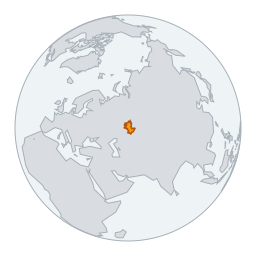 globe centered on Qostanay, rotated 348°
{"feature_id": "KAZ-3196", "entity_name": "Qostanay", "entity_type": "Region", "adm_level": 1, "iso_a3": "KAZ", "parent_name": "Kazakhstan", "parent_adm1": "", "projection": "orthographic", "projection_center": [62.901, 51.427], "detail": "fine", "context": "on_globe", "style": "filled", "palette": "amber", "viewbox_px": 256, "rotation_deg": 348, "n_neighbors": 0, "source": "natural_earth", "source_scale": "10m", "svg_char_len": 12893}
<svg xmlns="http://www.w3.org/2000/svg" viewBox="0 0 256 256"><g transform="rotate(348 128 128)"><circle cx="128" cy="128" r="113" fill="#eef3f6" stroke="#a8b0b8"/><path d="M137.2,15.7L138.9,16.0L137.9,17.5L135.3,16.9L135.4,17.5L138.6,18.4L140.8,18.8L145.4,23.9L155.4,29.5L160.8,30.5L157.9,31.1L169.6,32.8L176.5,36.4L167.3,32.9L165.3,33.0L169.3,35.6L168.1,36.3L169.4,38.0L167.6,38.7L162.4,36.8L161.1,37.3L164.0,39.2L164.1,41.2L160.0,38.4L159.7,41.7L150.9,39.7L141.5,32.6L135.2,32.9L121.8,29.6L121.6,30.9L116.4,30.8L114.3,32.3L112.4,31.5L112.4,33.4L114.5,33.9L115.2,35.0L114.1,36.0L111.5,35.0L111.7,34.4L110.4,34.6L109.5,33.8L109.3,34.8L106.3,33.6L107.7,36.2L104.0,36.6L102.4,35.5L104.7,33.6L106.7,27.2L105.8,25.8L102.3,25.6L91.2,29.1L89.4,28.6L85.3,29.3L85.4,30.3L88.6,30.2L87.6,32.5L91.6,32.3L91.8,33.3L95.1,34.0L92.3,36.1L87.8,37.8L85.0,37.3L82.9,38.1L83.8,40.4L76.7,41.8L68.9,46.5L67.3,46.7L67.5,43.4L72.2,38.3L72.6,34.9L70.0,39.4L66.1,40.3L64.5,41.5L63.3,42.9L63.9,43.6L62.1,44.4L63.9,40.1L65.6,39.2L65.0,40.5L67.2,38.3L68.4,35.7L66.3,36.6L70.3,32.5L68.9,33.1L69.0,32.7L71.0,31.9L67.4,33.4L70.7,31.0L78.3,26.9L86.2,23.4L94.4,20.5L102.8,18.2L111.3,16.6L119.9,15.7L128.5,15.4L137.2,15.7ZM141.9,19.0L138.8,18.3L136.3,17.4L139.0,17.8L141.9,19.0ZM146.5,21.4L144.7,21.2L144.8,20.1L145.8,20.6L146.5,21.4ZM164.9,31.2L162.7,30.1L165.3,31.0L164.9,31.2ZM169.9,38.1L170.9,38.3L171.1,39.1L169.9,38.1ZM96.4,32.9L95.7,33.4L95.5,33.0L96.4,32.9ZM98.4,32.7L98.6,31.8L99.5,31.6L99.4,32.2L98.4,32.7ZM168.6,41.0L168.6,42.5L167.7,40.7L168.6,41.0ZM98.0,33.9L101.3,31.4L103.0,31.1L104.0,33.0L98.0,33.9ZM168.0,43.1L168.1,46.8L170.4,47.4L164.0,48.0L166.0,44.5L164.5,42.2L166.6,43.4L168.0,43.1ZM115.6,33.6L113.3,33.2L116.2,32.7L115.6,33.6ZM117.3,33.1L125.3,30.5L128.2,31.8L124.9,32.4L129.4,33.5L126.9,35.5L123.9,35.2L122.5,34.0L122.6,35.7L117.3,33.1ZM160.4,47.9L159.7,48.6L159.5,47.6L160.4,47.9ZM115.7,35.4L117.0,34.6L119.6,35.7L117.4,37.4L117.2,36.5L115.7,35.4ZM131.8,33.0L133.4,34.2L131.8,36.0L132.1,36.8L127.1,35.6L131.8,33.0ZM116.1,36.7L116.2,38.2L114.0,38.6L114.5,36.1L116.1,36.7ZM121.2,35.4L122.3,36.0L121.0,36.2L121.2,35.4ZM106.2,41.2L107.8,40.2L109.3,40.7L106.2,41.2ZM116.3,38.7L117.1,38.6L117.8,38.7L117.4,39.8L116.3,38.7ZM126.3,37.1L125.3,37.7L128.3,37.6L127.2,39.1L124.1,38.1L125.0,39.2L124.6,39.7L122.4,38.4L126.3,37.1ZM119.3,41.2L114.9,40.6L111.7,42.4L110.3,42.0L115.7,39.3L119.3,41.2ZM121.3,39.6L119.7,40.5L118.8,39.5L119.3,38.3L121.3,39.6ZM127.6,40.6L130.1,38.5L130.7,38.8L127.6,40.6ZM118.5,41.9L119.6,42.0L118.4,42.1L118.5,41.9ZM125.0,41.1L125.8,40.3L126.5,40.7L125.0,41.1ZM121.1,43.0L119.7,42.8L120.0,41.9L121.1,43.0ZM123.1,42.3L123.8,43.0L120.9,41.7L123.3,41.9L123.1,42.3ZM125.5,41.6L126.2,41.6L125.1,41.9L125.5,41.6ZM120.8,46.4L117.2,45.1L117.8,43.1L121.3,44.7L120.8,46.4ZM56.1,214.7L53.8,212.8L43.8,200.9L44.5,198.8L43.1,194.8L36.8,181.0L38.0,177.0L36.7,173.2L33.8,170.6L32.5,166.0L30.8,163.8L21.9,151.4L20.2,142.8L20.5,124.2L22.9,122.1L25.1,116.2L42.8,112.8L44.5,117.9L56.1,127.1L57.2,129.4L53.7,133.4L60.6,147.5L65.5,145.4L74.0,154.6L81.0,157.8L87.3,149.2L75.8,143.8L76.0,137.9L86.9,138.0L97.3,142.8L97.7,140.7L93.0,133.7L97.2,131.1L91.5,131.0L92.4,133.8L88.9,134.0L87.9,131.4L89.4,130.5L86.8,128.2L80.2,133.5L80.4,136.9L72.4,133.9L72.0,139.4L69.2,140.3L68.8,131.4L70.3,129.0L68.0,117.4L65.7,119.5L67.8,130.8L66.3,129.0L63.3,132.3L64.4,128.4L62.8,115.9L56.9,112.4L46.1,115.8L43.3,113.2L42.4,107.9L49.6,99.7L55.0,106.7L57.6,104.2L59.3,97.5L60.8,100.3L62.2,98.6L64.5,101.0L70.5,99.7L73.3,101.7L78.3,96.9L80.4,97.4L76.8,100.0L75.9,103.1L83.1,108.2L85.3,107.9L87.9,104.4L89.6,106.4L91.3,102.5L96.7,103.7L91.4,99.0L94.4,95.1L99.1,93.7L99.2,91.7L91.5,94.0L89.3,95.8L88.9,98.7L82.0,103.2L79.0,102.4L82.6,94.7L78.6,92.9L83.2,88.0L101.1,84.0L107.3,84.9L111.9,94.5L109.0,96.4L105.9,93.9L106.3,99.9L107.4,97.6L108.8,99.4L112.0,96.5L113.2,97.6L114.3,93.0L116.0,94.0L115.3,96.9L121.5,93.9L125.8,95.3L126.7,94.1L126.4,92.4L132.1,95.5L132.5,94.5L130.8,93.1L130.4,90.1L132.0,86.3L133.9,87.6L133.6,89.2L135.7,94.5L134.6,98.7L135.5,98.8L137.0,95.6L134.3,89.0L134.8,86.3L136.5,89.2L135.9,87.9L136.7,87.1L139.3,87.4L137.6,84.2L143.9,73.4L149.5,73.4L150.3,77.0L156.7,71.5L162.5,72.4L160.9,70.9L162.8,67.7L161.1,67.4L160.4,66.5L164.7,58.6L167.2,57.9L167.2,53.4L166.4,52.7L164.6,52.9L164.0,48.0L170.4,47.4L171.9,48.9L174.9,47.7L178.0,51.4L181.9,54.0L183.6,59.1L186.5,60.9L187.4,60.3L192.0,62.5L198.7,69.7L189.6,66.7L178.9,57.5L183.0,61.4L180.9,61.5L181.7,63.5L184.7,66.3L185.7,66.0L184.9,76.2L189.9,86.2L192.2,82.6L195.6,83.2L203.3,92.6L206.2,112.1L210.8,114.0L212.3,116.7L211.2,120.7L208.9,116.8L206.1,117.4L205.0,114.7L202.5,120.1L200.7,116.5L199.6,122.6L202.1,124.4L205.0,120.8L204.8,127.9L210.2,129.7L212.9,135.0L210.9,149.7L205.8,157.4L205.9,159.3L202.8,159.2L200.3,164.9L207.4,170.7L207.8,173.4L202.9,181.9L202.5,180.2L194.2,180.0L193.9,186.8L200.2,188.3L202.4,192.5L198.0,193.5L195.6,189.8L192.7,189.6L192.7,184.0L188.7,177.2L184.2,180.9L183.8,177.4L177.6,172.2L170.8,177.1L160.4,189.6L160.3,198.2L156.2,202.7L148.0,191.9L145.7,183.3L141.9,184.5L134.2,177.2L118.3,176.5L116.8,173.8L113.6,174.7L108.4,171.5L106.4,167.0L102.9,166.6L108.2,178.3L112.1,178.7L116.5,175.1L117.2,179.0L122.4,182.7L113.7,190.6L91.5,193.7L90.7,186.8L80.9,163.4L82.0,161.4L82.0,161.1L82.0,160.6L79.7,163.6L78.4,158.9L82.2,175.1L82.2,181.0L91.1,194.0L89.9,194.6L93.2,197.5L105.5,197.7L105.3,199.7L98.6,207.6L82.9,214.1L85.8,221.1L86.0,225.5L78.1,224.9L80.6,228.0L76.8,227.0L77.8,228.1L75.7,227.6L73.0,226.3L64.3,220.9L56.1,214.7ZM34.4,118.5L33.4,120.1L34.4,118.5ZM106.9,153.0L114.0,154.8L113.2,147.6L115.9,147.8L114.7,145.4L113.1,147.1L110.5,140.5L114.4,139.2L114.8,136.1L112.4,135.4L105.6,138.9L109.4,148.2L106.7,150.5L106.9,153.0ZM66.0,40.6L65.8,40.9L64.4,42.4L64.5,41.7L66.0,40.6ZM61.3,49.2L58.5,50.5L60.6,49.0L60.2,48.2L64.2,44.3L66.7,46.6L64.9,46.2L61.3,49.2ZM70.2,40.1L67.4,42.1L70.3,39.8L70.2,40.1ZM67.3,87.2L67.2,89.4L65.0,90.8L61.5,88.8L64.6,86.8L67.3,87.2ZM67.6,92.4L72.1,85.6L74.5,86.7L72.4,87.2L73.5,88.6L70.4,89.8L68.2,97.8L66.1,99.5L60.8,94.6L63.7,95.1L63.6,92.8L67.6,92.4ZM79.5,68.2L81.5,65.8L84.1,71.3L81.9,72.9L78.3,70.9L78.7,67.8L79.5,68.2ZM99.2,38.0L99.8,37.1L100.5,37.3L100.5,38.2L99.2,38.0ZM106.9,40.7L97.3,42.3L97.5,41.3L91.6,43.7L89.9,42.0L93.7,40.5L88.0,41.2L90.8,39.1L86.8,39.9L95.6,36.6L97.9,35.0L96.0,37.4L97.5,38.9L98.9,39.1L104.4,38.4L110.0,35.9L112.5,37.2L112.7,38.8L111.7,39.6L110.4,38.4L110.0,40.3L107.4,39.3L106.9,40.7ZM113.8,59.5L112.8,57.4L111.5,62.0L108.9,60.6L108.9,61.3L106.2,61.3L102.9,62.5L102.1,61.6L101.2,62.5L99.3,62.6L97.8,63.6L95.7,62.3L93.7,63.4L93.8,62.2L90.9,64.4L92.1,62.2L89.9,62.3L89.8,64.4L82.4,56.1L78.2,54.6L74.1,54.8L76.8,51.2L82.5,48.8L89.0,47.8L92.6,49.9L93.2,48.0L95.1,48.4L93.8,49.7L96.9,48.0L98.1,48.8L104.0,48.5L107.6,45.8L109.9,45.7L109.0,47.2L111.8,46.1L111.8,48.9L113.4,48.9L114.9,51.8L112.4,54.7L114.4,54.5L115.7,56.8L113.8,59.5ZM121.2,47.3L118.7,50.8L116.1,51.9L114.5,46.5L113.1,46.1L112.0,42.9L115.8,41.5L115.8,42.5L116.6,43.2L115.1,43.3L116.9,43.7L117.0,45.2L118.4,45.9L117.2,46.8L121.2,47.3ZM59.8,128.9L60.9,130.1L62.9,131.4L61.0,133.6L59.8,128.9ZM58.5,120.4L59.7,121.0L58.1,124.5L56.9,123.3L58.5,120.4ZM61.8,118.4L59.9,120.7L60.2,118.8L61.8,118.4ZM78.1,100.4L79.5,100.9L79.1,101.9L77.7,102.7L78.1,100.4ZM109.6,73.6L109.4,72.1L110.2,71.8L112.0,68.5L114.0,69.4L113.7,71.7L109.6,73.6ZM84.6,150.0L81.7,151.0L81.0,149.6L82.1,149.5L84.6,150.0ZM70.2,142.4L72.8,145.5L69.7,143.0L70.2,142.4ZM112.1,74.0L112.6,72.5L113.4,73.9L112.1,74.0ZM115.6,69.9L116.7,71.2L114.5,69.1L115.6,69.9ZM104.6,229.4L100.2,234.4L95.0,233.2L92.9,231.2L93.8,227.8L99.4,227.9L101.9,226.3L104.6,229.4ZM220.2,188.1L222.0,186.3L221.8,186.6L220.2,188.1ZM218.3,189.3L220.6,187.0L217.8,190.3L218.3,189.3ZM221.4,186.1L223.6,183.1L224.6,181.5L224.3,182.3L221.4,186.1ZM216.8,190.9L207.4,198.8L203.5,200.9L204.6,199.1L211.0,194.6L216.8,190.9ZM204.3,199.3L198.0,200.3L188.1,195.3L191.7,193.8L201.8,194.4L201.2,195.8L205.0,195.8L204.3,199.3ZM218.7,182.0L218.0,185.5L213.1,189.7L210.7,191.2L209.1,188.6L210.0,185.8L212.0,184.3L218.7,170.6L221.3,170.0L219.5,175.2L221.5,176.0L218.7,182.0ZM160.9,198.9L163.9,202.9L161.6,204.3L160.9,198.9ZM220.6,162.6L218.5,168.7L220.2,161.7L220.6,162.6ZM221.2,156.7L221.7,158.3L220.3,157.8L221.2,156.7ZM206.6,161.9L204.5,164.0L204.1,162.7L206.5,159.4L206.6,161.9ZM214.9,139.5L216.3,143.5L216.4,145.2L214.8,143.7L214.9,139.5ZM130.5,80.7L125.7,84.1L123.6,87.5L124.5,90.7L121.1,87.8L124.3,82.6L130.5,80.7ZM142.0,74.1L141.2,71.6L142.9,71.8L143.3,72.5L142.0,74.1ZM140.6,73.2L137.0,71.8L137.3,69.8L140.1,71.3L140.6,73.2ZM124.4,72.6L122.8,73.6L122.3,72.4L124.4,72.6ZM205.8,209.5L206.0,209.3L206.8,208.4L208.7,206.2L217.9,195.7L225.1,184.3L228.0,179.8L231.5,171.9L233.7,166.8L233.1,168.5L229.9,176.1L226.1,183.4L221.7,190.5L216.9,197.2L211.6,203.5L205.8,209.5ZM224.5,183.1L227.3,177.8L228.5,175.9L224.5,183.1ZM237.0,156.6L235.5,161.2L236.3,158.4L236.3,157.3L233.6,163.0L233.1,162.9L234.3,159.7L232.1,162.7L234.5,157.5L235.3,158.5L236.5,153.6L238.1,149.3L239.2,145.4L239.5,144.3L237.0,156.6ZM234.0,163.7L234.4,162.9L233.9,164.4L234.0,163.7ZM229.2,170.2L229.0,171.2L228.3,171.7L229.2,170.2ZM230.2,168.3L232.2,165.7L229.9,169.3L230.2,168.3ZM222.8,175.3L223.5,176.3L226.0,172.2L224.1,176.2L225.5,177.3L224.8,179.1L223.5,177.7L222.6,181.8L221.5,183.0L221.1,180.8L222.4,175.9L223.5,173.1L227.7,167.1L222.8,175.3ZM230.2,166.0L229.6,164.7L230.0,162.5L230.7,162.7L230.2,166.0ZM227.4,161.6L225.3,161.1L223.8,164.2L226.5,156.2L228.1,158.0L227.4,161.6ZM225.0,157.4L223.6,160.2L224.8,156.0L225.0,157.4ZM223.1,159.7L222.5,157.9L223.8,156.7L223.1,159.7ZM225.8,156.5L225.4,152.7L226.4,153.9L225.8,156.5ZM220.8,154.0L224.3,154.2L220.5,156.8L218.4,150.2L219.9,148.3L220.8,154.0ZM217.1,115.3L215.7,113.6L216.5,111.4L217.3,113.2L217.1,115.3ZM217.9,103.3L216.3,110.3L214.8,116.1L216.1,115.9L217.4,120.3L214.3,118.8L214.1,112.2L215.6,108.4L214.0,105.0L214.1,100.7L211.4,97.4L210.8,94.8L213.7,96.7L217.9,103.3ZM210.1,96.2L205.4,89.6L207.8,87.2L209.4,88.1L210.5,92.1L209.2,93.1L210.1,96.2ZM205.0,87.3L203.7,88.3L194.0,81.9L192.6,80.0L201.2,83.3L200.4,84.5L202.3,86.5L205.0,87.3ZM160.8,49.1L159.8,48.7L160.9,48.5L160.8,49.1ZM159.4,66.4L158.8,65.1L160.1,64.9L159.4,66.4ZM157.7,61.6L156.6,62.8L157.0,61.0L157.7,61.6ZM154.4,65.5L155.8,63.0L155.6,66.2L154.4,65.5Z" fill="#d9dde1" stroke="#a8b0b8" stroke-width="1"/><path d="M131.5,121.7L131.8,122.3L131.7,122.3L131.8,122.4L131.9,122.5L132.0,122.6L131.7,122.8L131.6,123.0L131.8,123.2L131.9,123.4L131.9,123.6L131.8,123.8L132.0,123.9L132.0,124.1L132.0,124.3L132.2,124.5L131.9,124.7L131.8,124.8L131.9,125.0L131.9,125.3L131.8,125.7L131.8,126.0L131.8,126.4L131.7,126.6L131.6,127.0L131.4,127.2L131.2,127.3L131.3,127.6L131.3,127.9L131.3,128.0L131.2,128.3L131.2,128.5L131.5,128.8L131.5,129.2L131.8,129.0L132.0,129.0L132.3,129.3L132.5,129.4L132.9,129.5L133.3,129.4L133.4,129.5L133.4,129.8L133.6,130.0L133.7,129.9L133.9,129.8L134.2,129.7L134.4,129.7L134.5,129.6L134.7,129.9L134.5,130.1L134.2,130.2L134.1,130.3L134.1,130.5L133.9,130.9L133.1,131.8L132.8,132.0L132.6,132.2L132.2,132.7L131.9,132.7L131.8,132.8L131.7,133.0L131.4,133.0L130.8,133.0L130.4,133.1L130.2,133.4L130.1,133.5L130.0,133.8L129.7,133.9L129.7,134.1L129.4,134.4L129.0,133.8L128.2,133.4L128.2,133.2L127.9,133.1L127.7,133.0L127.4,132.7L127.3,132.4L127.2,132.4L127.3,132.3L127.5,132.3L127.2,131.9L127.3,131.7L127.4,131.4L127.6,131.3L127.6,131.1L127.8,131.0L128.0,131.0L128.0,130.8L127.7,130.4L127.5,129.9L127.4,129.5L127.3,129.4L127.3,129.1L127.2,128.9L127.1,128.6L126.9,128.7L126.8,128.4L126.7,128.2L126.7,128.3L126.4,128.3L126.4,128.2L126.2,128.0L126.2,127.9L125.9,127.9L125.7,127.9L125.6,127.7L125.1,127.6L124.9,127.5L124.9,127.4L125.0,127.4L125.1,127.2L124.8,127.1L124.7,127.0L124.5,126.9L124.9,126.6L125.0,126.6L125.3,126.5L125.4,126.4L125.6,126.4L125.7,126.2L125.8,126.2L125.7,126.1L125.7,125.9L125.5,125.7L125.4,125.6L125.4,125.4L125.5,125.3L125.6,125.2L125.8,125.0L125.7,124.9L125.8,124.9L126.0,124.9L126.3,124.9L126.4,125.0L126.5,125.0L126.5,124.9L126.6,125.0L126.7,124.9L126.8,125.0L127.0,125.0L127.0,124.9L127.1,124.7L126.7,124.6L126.5,124.4L126.4,124.5L126.2,124.4L125.9,124.2L126.0,124.1L126.0,123.9L126.2,124.0L126.3,124.0L126.3,123.9L126.4,123.7L126.2,123.7L126.1,123.8L125.9,123.8L125.9,123.7L125.7,123.7L125.8,123.6L125.9,123.4L126.0,123.3L126.0,123.2L125.9,123.2L126.0,123.0L126.0,122.9L126.3,122.8L126.4,123.0L126.5,123.0L126.5,122.9L126.7,123.0L126.7,122.9L126.8,122.9L126.8,123.0L127.0,123.1L127.0,122.9L127.4,122.9L127.5,122.9L127.5,123.0L127.4,123.0L127.5,123.1L127.6,122.9L127.8,122.8L128.0,122.8L128.3,122.7L128.2,122.7L128.3,122.6L128.5,122.6L128.9,122.4L129.0,122.4L129.0,122.5L129.3,122.5L129.3,122.4L129.2,122.4L129.3,122.3L129.5,122.3L129.6,122.2L129.6,122.3L129.8,122.2L130.0,122.2L130.0,122.3L130.2,122.2L130.3,122.1L130.5,122.3L130.6,122.2L130.6,121.9L130.8,121.8L130.9,121.7L131.0,121.7L131.3,121.7L131.5,121.5L131.5,121.7Z" fill="#f59e0b" stroke="#b45309" stroke-width="1.5"/></g></svg>